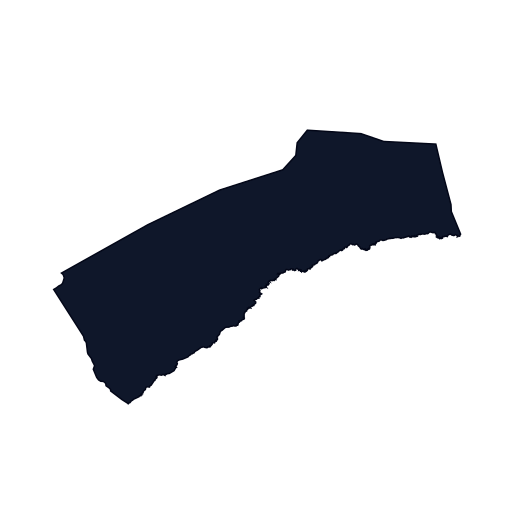 outline of Oichili-Dimani, Andjazîdja, Comoros, rotated 74°
{"feature_id": "10938185B16841428111903", "entity_name": "Oichili-Dimani", "entity_type": "district", "adm_level": 2, "iso_a3": "COM", "parent_name": "Comoros", "parent_adm1": "Andjazîdja", "projection": "equal_earth", "projection_center": [43.406, -11.657], "detail": "fine", "context": "isolated", "style": "filled", "palette": "ink", "viewbox_px": 512, "rotation_deg": 74, "n_neighbors": 0, "source": "geoboundaries", "source_scale": "gbopen_adm2", "svg_char_len": 6087}
<svg xmlns="http://www.w3.org/2000/svg" viewBox="0 0 512 512"><g transform="rotate(74 256 256)"><path d="M198.0,52.3L181.1,101.7L167.3,121.4L149.2,172.0L158.5,185.2L170.3,190.0L180.5,206.5L182.6,272.8L196.1,351.3L218.8,447.7L220.6,446.5L223.6,446.3L224.6,446.6L228.6,449.2L229.6,450.5L230.1,451.8L230.4,453.7L231.6,456.6L232.4,459.7L285.6,443.9L289.6,444.1L291.1,443.3L292.7,443.0L301.9,444.5L303.9,444.5L309.3,442.4L311.7,442.4L316.1,441.5L317.1,441.5L320.0,443.6L328.8,442.6L331.7,441.5L333.6,439.8L334.5,437.3L335.9,436.2L337.2,435.6L339.4,435.9L342.4,433.5L344.2,432.6L345.7,432.9L357.1,424.4L362.3,419.8L362.8,419.6L362.3,418.8L362.2,417.6L361.3,416.3L361.0,416.3L360.5,414.1L360.0,413.5L359.0,407.2L358.2,406.6L358.6,405.3L358.3,405.2L358.0,404.1L357.6,404.7L357.1,404.6L356.3,402.2L355.5,402.2L354.4,400.6L353.9,399.2L351.9,398.1L351.7,396.7L352.6,394.5L351.5,393.7L351.3,392.4L347.7,388.2L347.7,387.5L346.6,386.8L345.9,385.1L345.2,384.6L345.0,385.4L344.6,385.5L343.5,384.3L343.6,381.5L344.5,379.8L344.4,378.5L344.1,378.1L345.7,376.4L344.6,375.9L344.5,375.4L344.5,375.0L345.0,375.0L344.7,373.6L345.0,371.7L343.6,366.4L341.2,363.9L341.1,363.3L340.1,364.0L340.0,363.3L339.2,363.3L339.0,362.2L338.0,361.4L337.5,361.2L336.1,361.6L335.0,360.0L334.7,358.2L334.9,354.9L334.2,349.2L333.4,348.1L332.9,346.2L332.5,346.1L332.3,344.7L332.4,344.1L332.1,343.8L332.0,342.2L330.9,341.1L330.3,338.3L328.7,333.8L328.9,331.3L329.7,330.4L330.6,328.6L330.6,327.9L330.2,327.5L330.6,325.7L330.1,325.6L330.3,325.1L329.6,325.1L329.9,324.2L328.7,322.4L327.7,322.2L327.7,320.2L328.0,319.8L327.1,319.3L327.0,317.9L326.2,318.1L325.8,317.8L326.2,317.1L325.6,316.1L324.9,315.8L323.3,316.1L323.0,315.8L323.0,315.2L322.5,315.2L321.5,313.1L320.7,312.3L320.0,312.2L319.5,311.6L319.1,311.6L318.4,310.4L318.0,308.9L317.5,308.5L317.6,308.1L316.4,305.7L316.2,304.3L316.9,301.6L316.6,299.9L316.9,297.8L316.6,296.9L317.2,296.3L317.8,294.5L317.2,293.7L317.4,293.1L316.9,292.9L317.2,292.4L315.2,291.3L315.0,290.2L313.8,290.2L314.3,288.8L314.0,288.5L314.2,287.7L313.4,287.0L313.4,285.0L312.5,284.3L311.6,284.8L311.6,284.3L308.4,283.4L307.7,283.0L307.4,282.3L306.6,282.1L306.2,280.2L305.6,280.1L304.7,278.5L303.9,278.5L304.1,277.6L303.4,276.9L304.2,276.4L304.0,276.1L304.4,275.5L303.9,275.6L303.2,274.6L303.0,273.8L303.2,273.1L302.7,272.3L302.9,271.7L302.6,271.5L302.2,272.1L301.4,269.5L300.2,268.9L298.2,270.2L297.8,269.9L297.7,268.9L297.4,268.5L297.7,267.6L296.9,266.1L297.3,264.9L296.8,264.8L296.6,265.2L296.0,264.4L296.1,263.4L294.7,263.2L294.0,261.0L292.0,262.7L290.1,261.7L289.2,262.0L288.4,261.1L287.9,259.7L289.0,259.5L288.7,258.4L288.9,255.7L288.0,255.4L288.7,254.7L288.0,254.9L287.1,254.2L287.4,253.9L286.9,253.1L286.6,253.2L287.2,252.3L286.9,251.8L286.3,252.2L286.0,251.1L284.5,251.6L284.1,251.2L284.1,250.2L284.4,249.9L283.6,250.1L283.4,249.7L283.5,248.5L284.2,247.3L284.0,246.8L284.5,245.2L283.4,244.7L283.4,244.4L283.8,244.3L284.2,243.4L283.2,243.3L281.7,239.9L280.0,238.7L279.5,238.7L279.1,240.3L278.7,239.9L279.4,237.5L279.6,238.0L280.0,238.0L279.2,235.9L279.8,234.9L279.3,233.9L279.4,232.5L277.3,230.9L277.4,230.0L278.5,228.7L278.4,227.3L278.6,227.0L278.0,226.0L278.0,225.3L278.3,224.8L279.3,224.8L279.0,224.1L279.7,224.1L279.9,223.5L280.6,223.0L280.6,221.8L280.0,221.7L279.2,220.6L279.2,220.2L279.5,219.6L280.4,219.3L280.9,218.3L281.6,218.8L281.7,217.7L281.3,217.3L281.8,216.5L283.0,217.3L283.3,216.5L283.7,216.5L283.3,215.8L284.0,214.6L284.7,214.0L284.9,213.2L284.7,212.6L284.0,213.0L284.3,212.2L283.7,212.3L284.1,211.0L283.9,210.6L283.5,210.3L282.8,210.3L282.5,209.8L282.9,208.3L283.4,207.7L282.2,207.1L282.6,206.6L281.7,204.5L280.5,204.5L280.5,202.1L280.1,201.8L279.7,199.6L279.4,198.9L277.7,197.5L277.7,196.7L277.1,195.9L277.3,194.6L278.7,194.2L278.8,193.8L278.3,191.8L278.3,190.2L277.6,189.4L277.9,188.9L277.6,188.7L277.6,187.9L277.0,187.1L277.3,186.8L276.1,186.1L276.6,185.4L275.9,185.1L275.6,183.7L276.0,182.8L275.7,182.3L275.8,181.8L275.1,180.8L275.1,180.2L275.4,179.4L275.0,178.8L275.6,178.4L275.5,178.0L275.1,178.1L274.7,175.9L274.1,175.0L273.6,173.5L273.7,172.5L274.2,172.5L274.4,172.1L274.1,171.1L273.4,170.7L273.2,169.0L272.3,168.8L271.9,167.8L272.1,166.8L272.7,166.8L272.8,166.3L271.4,164.7L271.1,163.2L270.3,162.3L270.3,161.7L270.4,161.1L271.7,160.1L271.7,159.0L272.5,158.5L272.5,157.5L272.0,156.3L273.1,155.1L274.3,154.9L275.9,153.8L277.8,153.3L278.4,152.7L278.0,151.8L278.9,151.4L279.4,150.6L279.2,150.2L279.7,150.1L279.3,149.0L279.7,148.9L280.1,149.3L280.9,148.8L281.1,147.3L280.9,147.0L279.5,147.1L280.6,146.4L280.6,145.4L279.8,145.4L280.1,144.7L278.7,144.0L277.6,144.0L277.4,143.7L277.1,142.6L277.4,141.9L276.8,141.3L277.2,140.8L276.8,140.7L276.8,140.3L277.5,140.1L277.5,139.3L276.9,139.4L277.1,139.0L277.8,139.0L278.1,138.4L277.2,138.1L276.9,137.8L277.0,137.3L276.4,136.7L276.1,137.3L275.7,137.0L275.5,136.6L275.7,133.7L274.8,132.1L275.0,131.1L276.0,129.9L276.2,128.9L276.2,126.2L275.7,125.2L275.9,124.8L275.8,123.7L276.1,123.4L275.7,122.7L276.4,121.6L276.2,120.7L276.7,119.7L276.7,116.6L277.0,116.2L277.1,115.1L277.9,113.1L279.0,111.7L278.7,110.6L279.2,109.6L279.0,109.1L279.2,108.7L279.0,107.5L279.2,106.9L278.9,106.5L279.1,106.0L278.8,105.5L279.2,104.9L278.8,103.8L279.0,103.3L280.0,103.2L280.0,102.7L280.8,101.8L280.5,101.1L280.0,101.2L279.6,100.4L280.2,99.3L280.8,99.5L280.9,98.7L280.4,98.0L281.3,98.1L281.5,97.0L281.2,96.7L281.4,95.6L280.5,95.8L280.2,94.6L280.4,93.9L280.0,93.5L280.7,92.1L280.4,91.6L280.7,90.9L280.6,90.0L281.5,87.9L281.5,86.6L281.2,86.1L281.8,85.2L281.8,84.5L280.9,82.9L280.8,82.0L282.5,79.3L282.2,78.5L282.5,77.5L283.9,77.5L284.3,76.8L285.7,76.9L286.3,76.4L287.2,76.7L287.4,77.3L288.3,76.6L287.9,76.0L287.9,75.4L288.5,76.1L289.6,74.8L289.4,74.3L289.9,74.3L289.5,73.7L290.1,73.2L289.7,72.5L290.3,72.5L290.2,71.8L288.7,71.2L289.3,69.9L288.9,69.2L289.5,67.9L289.2,67.4L290.0,66.8L288.5,65.2L288.6,62.9L289.8,62.1L290.9,60.2L290.8,59.4L290.3,58.5L291.3,57.5L291.6,56.8L292.3,56.7L293.0,57.2L293.0,56.7L292.4,55.9L293.1,55.0L293.0,54.6L292.3,54.3L291.4,53.3L267.1,56.0L260.3,54.4L227.0,53.7L198.0,52.3Z" fill="#0f172a" stroke="#020617" stroke-width="1.5"/></g></svg>